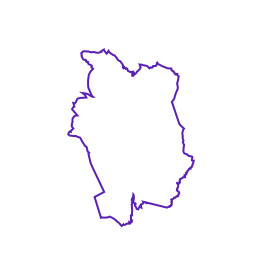 Ahuazotepec, Hidalgo, Mexico, rotated 148°
{"feature_id": "50627088B25624644630099", "entity_name": "Ahuazotepec", "entity_type": "district", "adm_level": 2, "iso_a3": "MEX", "parent_name": "Mexico", "parent_adm1": "Hidalgo", "projection": "robinson", "projection_center": [-98.14, 20.057], "detail": "fine", "context": "isolated", "style": "outline", "palette": "violet", "viewbox_px": 256, "rotation_deg": 148, "n_neighbors": 0, "source": "geoboundaries", "source_scale": "gbopen_adm2", "svg_char_len": 5695}
<svg xmlns="http://www.w3.org/2000/svg" viewBox="0 0 256 256"><g transform="rotate(148 128 128)"><path d="M93.4,78.9L90.9,82.3L90.6,82.7L90.0,83.1L89.3,84.2L89.4,85.0L88.8,87.2L87.7,87.8L86.7,91.2L86.0,91.8L85.6,92.7L85.1,94.0L84.5,95.0L82.3,97.1L81.8,97.5L80.8,97.8L81.1,98.8L82.0,102.2L82.3,103.9L82.2,104.8L76.9,127.0L75.5,127.4L73.2,128.5L69.2,132.0L65.2,134.8L64.3,135.9L63.3,138.3L62.8,139.8L61.8,140.5L57.6,144.9L58.1,146.0L58.2,146.8L58.2,147.2L57.9,147.5L57.7,147.4L57.5,147.7L58.9,148.6L59.4,147.5L59.5,150.3L59.3,150.4L59.4,151.2L59.4,151.9L59.6,152.3L60.0,152.4L60.4,154.4L59.7,155.4L61.0,156.4L62.7,157.5L65.7,161.7L66.4,162.5L67.3,164.3L67.7,165.0L68.3,165.7L68.6,166.2L68.7,166.7L68.5,167.9L69.0,167.9L69.1,167.6L69.4,167.2L70.0,166.9L70.4,166.4L71.4,165.8L73.9,167.2L74.3,166.7L75.9,166.4L76.5,167.4L78.2,167.2L78.9,170.3L79.1,170.8L79.7,171.2L80.8,172.3L82.2,173.5L82.8,174.6L83.4,174.7L84.0,175.0L84.1,175.3L84.5,175.7L84.9,174.3L85.1,172.7L85.7,172.5L86.8,171.7L87.4,171.5L88.6,171.4L88.9,171.2L89.7,171.1L90.7,171.1L91.6,170.3L92.0,170.2L92.7,170.2L94.8,169.9L95.8,169.6L96.2,169.6L96.7,169.9L96.5,170.5L95.9,171.6L95.5,171.6L95.1,171.5L94.4,171.4L94.1,171.4L93.8,171.6L93.7,171.9L93.7,173.1L94.4,173.4L95.1,173.5L95.5,173.8L96.1,174.0L96.4,174.2L96.7,174.9L97.1,175.4L97.2,175.6L97.5,175.9L97.8,176.6L97.8,177.3L97.3,178.3L97.2,178.7L97.6,179.5L97.9,179.6L98.5,179.4L98.7,179.5L98.8,180.1L98.7,180.9L98.8,181.5L100.2,181.1L100.3,181.5L100.0,182.5L99.6,183.1L99.2,183.4L98.9,184.8L99.1,187.7L99.2,188.8L100.0,189.9L100.3,190.7L100.6,192.1L100.4,193.8L100.7,194.8L100.9,196.7L102.0,197.9L102.4,198.8L102.9,200.2L103.2,200.6L103.2,201.0L103.7,201.7L103.6,203.7L106.7,202.3L107.0,203.6L106.9,205.3L107.4,206.6L107.0,207.3L108.2,207.3L109.9,207.4L110.2,206.7L110.8,207.0L111.7,207.1L113.1,207.4L113.7,207.7L115.8,209.5L116.3,210.3L117.3,210.9L118.4,211.3L119.0,211.7L119.5,212.0L120.0,212.5L120.4,213.2L121.5,214.3L121.9,214.4L122.7,214.8L123.0,215.3L123.8,215.9L125.2,216.6L125.9,216.8L127.0,216.2L127.3,216.1L127.7,216.3L128.1,215.9L128.6,214.4L128.9,214.2L128.9,213.8L129.1,213.7L129.3,213.5L129.5,211.5L129.6,210.7L129.6,209.8L128.8,208.9L128.1,208.6L127.7,207.7L127.6,207.3L127.7,207.0L128.1,207.0L128.2,206.8L128.3,206.6L127.9,205.7L127.0,205.1L127.3,204.8L127.6,203.4L127.5,203.0L126.1,201.0L125.7,199.9L125.9,199.6L126.4,199.6L126.7,199.2L126.8,198.7L126.5,197.5L126.2,196.7L128.4,196.2L130.5,195.4L133.0,193.9L136.8,189.3L138.8,186.1L139.9,184.0L140.5,182.3L140.6,181.0L140.7,180.2L141.4,176.5L141.5,173.9L141.5,173.5L141.3,173.1L141.5,173.2L141.8,173.5L142.0,174.0L142.9,175.4L143.6,177.0L144.4,178.5L145.5,179.4L145.9,180.0L148.0,181.7L147.6,180.7L147.5,180.1L147.1,179.1L147.0,178.4L147.2,175.9L152.6,178.8L155.3,179.6L158.4,177.7L160.0,177.0L161.1,178.2L162.2,174.7L162.5,175.0L164.4,174.2L165.5,173.5L164.3,165.5L165.5,166.1L166.7,166.4L167.3,166.4L169.6,165.6L170.7,164.5L171.6,162.9L173.8,160.7L174.9,159.1L174.6,156.5L178.1,155.8L178.5,155.0L179.3,155.9L180.5,155.6L182.0,154.3L181.5,152.5L179.7,151.2L178.3,149.8L177.2,149.4L176.6,148.9L176.4,148.7L176.1,148.1L174.6,146.3L173.7,144.9L173.7,144.7L174.0,141.3L173.9,136.3L174.1,136.1L173.7,134.7L173.2,134.1L173.2,133.6L174.7,129.4L174.0,127.6L175.3,127.0L178.3,117.9L179.0,113.3L182.1,86.4L192.9,87.2L198.5,66.2L197.6,66.2L196.8,65.3L194.4,63.8L192.1,62.8L190.5,62.6L188.7,59.8L187.2,56.5L186.7,54.1L186.0,52.5L185.3,48.2L183.4,48.6L183.5,48.4L181.9,47.5L180.2,47.6L179.8,47.3L177.8,46.9L177.7,46.1L176.9,46.0L176.8,46.3L177.2,47.0L176.7,47.7L176.5,47.3L174.9,46.2L173.6,47.4L174.4,48.1L171.9,52.3L170.9,51.8L169.8,53.6L168.9,55.0L168.3,55.6L167.1,57.8L165.5,61.1L164.9,61.2L164.3,61.9L164.2,62.6L163.6,62.5L163.2,62.8L163.0,63.4L163.0,63.6L163.1,63.9L163.0,64.1L163.1,64.5L163.1,64.9L162.2,65.6L161.8,66.2L161.3,66.1L160.2,66.9L158.8,68.7L158.8,68.3L158.8,67.8L159.3,67.2L159.7,66.0L160.4,65.2L161.0,64.3L161.7,63.6L162.4,63.3L162.9,62.5L163.0,62.1L162.6,61.7L162.4,61.3L162.4,60.4L161.8,60.2L161.6,59.9L161.8,59.6L162.3,59.8L162.9,59.3L163.3,58.6L163.3,57.7L163.1,57.2L163.2,56.3L163.4,55.6L163.5,54.9L163.4,54.5L162.6,53.9L162.5,53.7L159.8,55.2L158.9,53.5L157.9,56.2L157.0,56.2L156.5,56.0L155.9,56.0L155.3,56.1L154.6,56.3L154.2,56.8L154.2,57.4L151.6,54.8L152.0,54.5L150.2,53.3L137.2,39.9L135.1,39.7L134.9,39.5L134.6,39.3L134.1,39.7L133.9,39.5L133.9,39.2L133.6,39.3L133.4,39.5L133.0,39.5L132.9,39.6L132.6,39.4L132.2,39.3L132.0,39.5L132.1,40.0L131.0,40.4L130.5,41.2L130.6,41.6L130.2,41.9L130.4,42.3L129.3,43.1L129.4,43.7L129.4,44.3L128.7,44.5L128.2,44.1L126.9,43.9L125.6,44.6L124.8,43.8L123.1,44.4L122.8,44.1L121.9,43.6L121.6,43.7L121.5,44.2L121.1,44.2L120.2,45.2L119.5,45.1L118.9,45.9L118.7,46.7L118.8,47.2L119.3,47.8L119.6,49.3L119.3,49.6L118.8,49.7L118.7,50.3L118.4,50.5L118.2,50.8L117.5,51.0L117.4,51.1L116.8,51.4L115.9,52.6L115.8,53.0L115.3,53.6L115.6,54.4L115.7,55.1L115.3,55.5L115.1,55.4L115.0,54.8L114.5,54.6L114.2,54.3L114.1,54.0L114.0,53.9L112.5,54.5L112.4,55.2L112.2,55.6L112.2,56.1L111.4,56.5L111.1,56.9L110.7,57.1L110.4,57.2L109.4,56.7L108.4,56.9L108.2,56.8L107.7,57.1L107.2,56.9L106.8,56.8L106.2,56.3L105.8,56.0L105.6,56.0L105.3,56.5L105.3,57.0L105.2,57.3L105.3,57.7L105.1,58.1L104.7,58.0L103.2,57.8L102.8,58.2L103.0,58.7L102.4,59.4L101.4,59.1L100.9,59.3L100.4,59.8L100.3,60.1L99.3,60.2L98.6,60.5L98.1,60.9L97.7,61.0L97.3,60.9L97.1,60.5L96.7,60.4L96.7,61.0L96.2,61.3L95.7,61.0L95.1,61.4L94.2,61.3L93.6,61.8L93.5,62.1L92.7,62.8L92.3,62.8L91.8,63.4L90.3,64.6L89.6,65.4L90.3,65.7L90.6,66.1L90.9,66.5L90.9,66.9L89.5,68.5L89.1,68.7L88.8,69.4L88.8,69.6L89.6,70.6L91.3,72.2L91.4,72.7L92.0,73.9L92.0,74.7L93.2,75.9L93.6,76.7L93.7,77.2L93.4,78.9Z" fill="none" stroke="#5b21b6" stroke-width="2"/></g></svg>